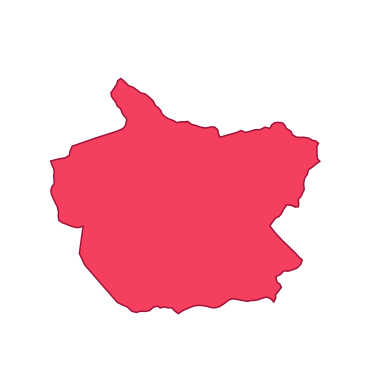 Banzaê, Bahia, Brazil, rotated 72°
{"feature_id": "56859067B70491909190036", "entity_name": "Banzaê", "entity_type": "district", "adm_level": 2, "iso_a3": "BRA", "parent_name": "Brazil", "parent_adm1": "Bahia", "projection": "orthographic", "projection_center": [-38.659, -10.603], "detail": "fine", "context": "isolated", "style": "filled", "palette": "rose", "viewbox_px": 384, "rotation_deg": 72, "n_neighbors": 0, "source": "geoboundaries", "source_scale": "gbopen_adm2", "svg_char_len": 2346}
<svg xmlns="http://www.w3.org/2000/svg" viewBox="0 0 384 384"><g transform="rotate(72 192 192)"><path d="M202.3,60.9L199.2,62.4L195.5,61.7L191.4,60.4L187.1,59.0L184.8,56.6L181.7,58.6L179.7,62.0L177.0,64.0L174.5,68.8L173.3,72.7L172.0,75.8L168.7,78.7L164.6,79.2L160.7,82.7L156.9,83.1L154.0,84.8L152.2,89.0L151.7,92.3L152.9,95.6L155.6,98.2L152.9,102.5L153.7,108.1L152.2,112.9L152.3,117.5L151.9,122.6L148.7,126.4L149.2,131.5L148.5,148.5L144.3,148.8L140.8,148.3L137.1,150.5L135.8,154.8L135.4,159.2L133.0,163.7L129.8,167.9L127.6,171.5L123.5,174.3L122.9,177.9L121.6,181.5L121.4,184.9L118.3,187.6L115.2,191.6L111.6,194.7L108.3,196.4L105.0,196.5L101.9,197.8L98.5,200.0L93.3,200.8L88.1,203.7L84.1,206.4L82.0,210.0L78.7,212.4L74.8,215.1L71.2,219.5L67.0,221.5L62.1,224.5L63.1,228.1L66.3,230.4L69.7,234.6L72.6,238.4L76.2,239.0L79.7,238.0L83.3,236.8L87.2,236.5L90.8,234.2L96.2,233.9L99.4,232.8L102.4,231.5L105.8,233.3L108.9,235.4L110.5,238.8L111.0,245.6L110.9,267.1L111.4,291.8L115.6,295.5L119.2,297.4L120.3,302.4L119.5,307.4L119.1,312.5L118.8,316.9L122.9,316.8L127.4,316.3L130.5,316.9L133.8,318.5L138.6,319.6L141.6,320.6L143.8,323.7L146.6,325.6L150.2,326.4L156.0,325.9L160.5,325.3L164.4,324.6L170.0,325.2L173.9,326.8L177.9,327.4L181.1,324.9L183.8,321.5L186.7,318.1L189.9,313.4L190.9,310.0L191.0,306.2L215.6,318.1L224.6,317.0L228.4,316.5L274.0,297.1L277.2,293.7L281.5,289.0L286.9,286.0L289.4,282.0L289.5,277.9L291.1,273.4L291.7,268.9L289.7,264.5L289.8,260.3L292.5,257.9L292.7,254.0L294.8,250.5L295.8,247.1L300.0,245.1L303.5,242.5L302.5,239.4L301.7,235.3L301.2,229.4L301.0,224.8L302.0,220.2L303.7,216.2L305.9,212.3L308.5,208.3L309.3,205.2L309.5,201.1L308.1,195.9L306.1,190.4L306.2,186.1L307.8,182.7L309.8,179.4L311.3,176.5L313.0,173.2L313.5,169.3L314.5,166.0L314.9,161.5L314.7,157.9L315.1,153.0L318.4,149.8L321.9,148.2L318.6,145.1L315.5,144.2L313.0,140.2L310.3,136.5L307.1,136.8L303.6,139.1L298.5,138.4L297.8,133.4L295.4,129.1L297.0,125.0L297.1,120.0L296.7,115.3L294.3,110.9L290.7,108.1L287.0,110.4L282.6,112.3L265.4,121.4L259.6,124.1L255.8,125.8L248.3,128.4L245.5,124.8L242.6,120.5L242.2,116.7L239.9,113.3L236.4,109.8L233.5,105.7L235.6,101.4L238.2,98.5L238.9,95.4L235.8,94.0L232.0,93.2L229.4,89.1L226.9,87.0L224.5,84.6L218.3,83.2L213.4,80.3L211.0,77.0L207.0,74.5L205.2,69.1L203.6,64.9L202.3,60.9Z" fill="#f43f5e" stroke="#9f1239" stroke-width="1.5"/></g></svg>